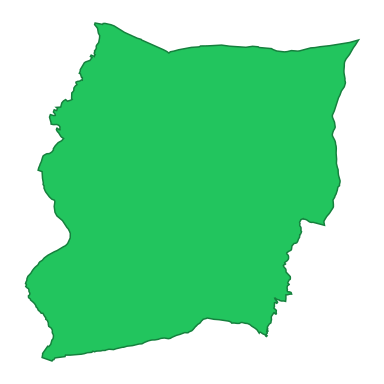 the district of Dobresti, Arges, Romania
{"feature_id": "2599482B48483395100218", "entity_name": "Dobresti", "entity_type": "district", "adm_level": 2, "iso_a3": "ROU", "parent_name": "Romania", "parent_adm1": "Arges", "projection": "natural_earth1", "projection_center": [25.137, 44.956], "detail": "fine", "context": "isolated", "style": "filled", "palette": "green", "viewbox_px": 384, "rotation_deg": 0, "n_neighbors": 0, "source": "geoboundaries", "source_scale": "gbopen_adm2", "svg_char_len": 5822}
<svg xmlns="http://www.w3.org/2000/svg" viewBox="0 0 384 384"><path d="M139.0,344.0L142.0,343.8L144.5,342.4L148.5,340.8L151.8,340.0L154.9,339.9L158.3,339.3L160.8,338.4L164.4,338.0L168.4,338.7L170.4,338.3L172.0,337.3L176.6,335.3L179.9,334.4L184.7,332.6L187.0,332.8L188.1,332.7L189.2,331.8L191.7,330.8L193.1,329.5L195.9,326.1L196.2,326.1L197.6,324.5L200.0,323.0L201.7,320.7L202.6,320.0L203.1,319.3L206.5,318.4L207.2,318.0L213.9,319.3L219.2,319.7L228.5,321.1L230.7,321.9L231.7,323.1L234.1,323.0L237.1,323.4L239.3,323.4L241.0,322.5L242.2,322.5L245.3,323.3L247.5,323.5L249.8,324.5L251.8,326.2L255.0,328.2L257.0,329.8L259.2,333.1L259.5,332.5L260.5,332.2L262.8,333.8L264.8,334.7L265.4,335.2L265.7,336.0L266.4,336.5L267.1,335.8L266.6,335.4L266.1,334.3L266.8,333.7L267.3,333.0L267.2,332.5L266.7,331.6L266.8,331.2L267.7,331.1L267.5,330.8L267.8,330.2L267.6,329.8L267.0,329.7L267.1,329.0L267.7,328.4L267.4,327.8L267.4,326.9L269.3,324.0L270.9,322.8L271.2,320.6L271.5,319.9L271.3,317.4L271.5,316.3L274.0,312.6L274.3,312.7L275.2,313.9L275.9,314.1L276.3,313.9L276.4,313.5L276.1,312.1L276.3,311.0L276.3,310.3L273.9,308.1L274.5,306.2L274.3,305.6L274.5,303.8L274.4,302.9L274.8,302.6L275.4,302.5L276.7,303.3L277.1,303.0L277.6,302.2L275.2,299.3L274.7,298.2L275.3,298.1L276.1,298.9L277.8,299.7L279.1,299.9L279.7,300.5L281.5,301.0L284.0,301.0L285.6,301.4L285.9,298.6L285.9,294.9L287.8,294.7L289.9,294.1L291.6,294.1L291.3,292.9L290.8,292.3L289.5,291.9L288.0,291.8L287.5,291.3L287.1,290.6L287.4,289.4L287.0,288.1L287.3,286.2L287.5,285.8L289.2,284.5L289.1,284.2L288.1,283.5L287.8,283.0L287.8,282.6L289.1,280.0L290.1,279.4L290.3,279.0L290.4,277.8L290.2,276.5L286.2,272.2L286.0,271.6L286.0,270.1L285.7,269.0L283.8,266.8L283.3,265.5L283.7,265.0L285.1,264.4L285.5,264.0L284.7,263.3L284.6,262.6L287.4,260.5L288.5,258.8L288.6,256.8L288.3,255.6L287.8,254.8L287.0,254.1L286.7,253.4L286.8,252.8L288.8,251.3L290.9,250.3L291.5,249.3L291.9,246.1L292.2,245.6L294.0,243.5L295.7,243.2L296.7,242.8L297.6,241.5L298.5,239.0L299.6,237.2L299.6,236.0L299.9,235.5L299.7,235.1L299.7,234.7L300.7,233.9L301.5,231.8L301.5,231.4L300.8,230.5L301.0,229.7L301.0,227.8L300.7,227.0L299.8,225.7L299.7,225.0L300.0,223.5L299.6,222.7L299.7,221.8L300.5,220.7L300.8,219.7L303.1,218.7L303.2,219.1L304.6,219.2L306.4,219.7L309.5,221.9L311.2,222.4L313.1,222.3L324.5,225.3L323.9,222.1L324.1,220.8L326.6,216.6L329.5,213.2L332.8,208.1L333.4,206.9L333.4,204.3L333.0,200.0L334.7,197.2L335.1,195.7L336.0,194.2L337.3,190.2L337.8,187.4L338.2,186.8L339.5,185.7L339.5,183.9L339.9,182.8L340.1,180.9L338.5,175.2L338.2,172.7L338.1,169.7L337.3,167.3L336.4,163.4L336.6,159.1L336.1,153.1L336.3,148.6L336.1,146.1L335.6,144.3L335.4,142.3L334.8,140.4L332.5,136.0L332.3,134.4L332.9,132.2L333.6,130.3L334.6,128.8L335.2,127.1L334.5,122.2L332.6,117.6L332.4,116.7L332.4,115.1L334.3,110.9L338.5,97.8L339.9,95.1L341.4,91.0L344.3,86.8L345.4,83.0L345.4,82.3L344.9,80.2L345.0,78.7L344.0,73.0L343.9,70.8L344.3,66.0L344.3,64.0L344.6,61.9L346.1,58.9L349.5,54.5L353.3,47.8L355.5,44.8L358.5,40.0L349.5,42.5L329.6,45.7L320.3,46.7L314.9,47.6L310.7,47.9L299.5,50.9L297.7,51.1L291.4,50.6L287.2,51.6L284.5,51.9L276.7,51.0L272.9,49.5L271.5,48.6L259.1,47.5L258.2,46.8L252.6,46.3L245.9,47.3L229.6,46.2L221.6,45.1L207.4,45.9L200.4,46.0L199.8,46.6L198.8,46.9L191.3,47.4L178.5,49.8L173.9,51.1L170.2,51.8L169.7,52.5L168.8,53.0L166.6,51.4L163.6,49.8L141.6,40.0L141.2,39.4L137.2,38.2L124.5,32.4L114.1,25.9L110.9,24.7L105.0,23.4L103.1,23.5L102.6,24.4L95.1,23.0L94.6,24.6L97.1,27.7L97.6,28.6L98.4,33.2L99.7,35.6L99.5,38.3L98.7,42.5L96.8,45.0L96.3,45.9L96.2,46.9L96.4,48.1L95.6,49.6L94.5,51.0L94.9,51.9L94.3,52.8L94.3,53.9L95.2,54.7L94.3,55.8L94.3,56.5L91.2,55.1L90.4,56.5L92.0,57.7L91.1,58.7L90.0,60.4L85.9,61.8L84.4,62.7L80.3,69.6L80.2,71.3L79.3,73.3L80.4,73.8L81.5,77.3L82.3,77.5L82.3,80.2L81.3,80.0L79.7,81.1L77.4,81.4L75.9,82.2L76.1,83.2L77.0,84.7L75.4,85.9L74.0,87.8L73.8,89.1L73.9,90.3L73.0,91.7L71.8,92.9L71.6,98.5L72.2,99.4L70.3,100.3L67.5,101.2L65.6,99.6L63.4,101.0L61.8,102.9L60.7,107.1L56.3,107.4L57.5,108.4L56.6,110.6L54.2,109.8L53.4,112.0L55.1,114.1L55.3,115.4L53.8,115.6L50.4,114.6L49.5,117.1L51.0,122.5L51.1,124.1L53.3,124.6L56.9,124.5L58.7,125.3L59.3,125.9L60.0,127.0L59.8,129.2L60.0,129.7L59.6,129.8L58.8,129.5L57.3,128.2L56.8,128.2L56.4,129.7L57.5,131.7L58.5,132.6L60.6,136.0L61.4,137.0L63.6,138.5L61.7,140.7L58.2,142.6L55.3,145.7L53.4,148.6L53.3,149.2L53.4,150.1L51.7,152.1L49.3,153.6L47.0,153.7L45.8,154.2L43.3,155.7L42.6,157.2L41.3,161.7L40.1,164.2L39.8,165.3L38.7,167.9L38.1,170.2L42.1,171.6L42.5,178.3L43.3,182.7L43.1,184.6L44.0,185.7L44.1,188.6L44.6,189.4L45.0,190.6L45.8,192.1L49.4,196.9L51.7,199.1L54.4,200.2L54.9,201.6L54.2,206.5L55.0,212.3L56.9,215.9L62.5,220.6L66.9,227.4L68.2,228.8L69.5,231.3L70.3,233.4L70.2,238.0L67.6,243.6L65.5,245.7L63.3,246.8L57.0,250.6L54.4,251.7L47.8,255.3L44.2,258.0L42.3,260.3L39.9,261.8L39.3,262.5L38.7,263.3L38.4,264.2L37.7,265.1L35.4,267.0L34.0,268.5L32.6,270.3L30.8,273.3L27.9,276.3L27.0,278.5L26.8,280.4L26.0,282.1L25.5,283.7L26.4,284.4L26.4,285.2L25.7,286.5L27.3,288.0L28.4,288.6L28.9,289.9L29.0,291.5L29.7,292.8L29.9,293.8L29.5,294.9L28.4,295.9L28.6,297.7L30.3,298.9L30.5,299.9L33.6,302.6L34.8,304.0L35.9,305.7L36.0,306.8L37.3,308.0L38.4,310.4L39.7,311.3L41.2,313.2L42.9,313.3L44.4,316.0L45.9,318.1L45.7,319.2L47.3,320.4L48.3,322.9L48.3,324.2L48.7,326.3L51.1,328.0L52.3,329.9L52.3,332.8L53.1,334.3L53.5,335.8L53.1,338.6L51.9,340.1L50.7,344.4L48.8,346.6L47.7,346.2L42.6,353.5L42.7,354.1L42.1,357.5L52.0,361.0L52.7,359.9L53.8,359.7L55.0,357.9L65.0,356.6L65.5,355.1L70.5,355.1L81.3,354.2L84.5,353.6L87.3,352.7L91.4,352.4L92.3,351.9L92.6,351.3L93.3,351.3L94.5,351.8L96.5,351.1L100.9,350.9L102.2,350.5L105.4,350.4L106.0,350.0L109.0,349.2L113.6,349.6L116.2,348.7L122.2,347.3L123.8,347.2L127.0,346.2L132.6,345.6L139.0,344.0Z" fill="#22c55e" stroke="#15803d" stroke-width="1.5"/></svg>